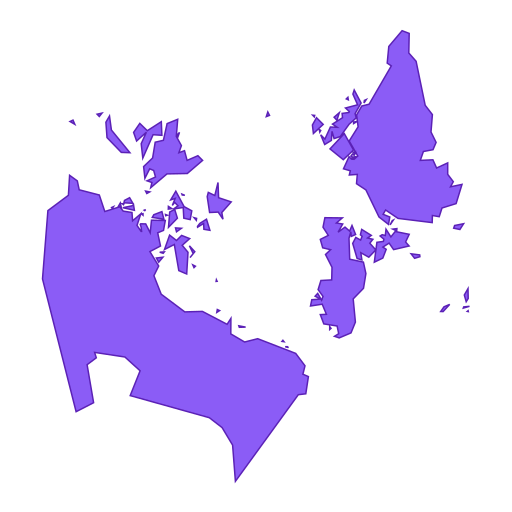 the district of Surigao del Norte, Surigao del Norte, Philippines
{"feature_id": "2640588B80080860218245", "entity_name": "Surigao del Norte", "entity_type": "district", "adm_level": 2, "iso_a3": "PHL", "parent_name": "Philippines", "parent_adm1": "Surigao del Norte", "projection": "robinson", "projection_center": [125.793, 9.694], "detail": "fine", "context": "isolated", "style": "filled", "palette": "violet", "viewbox_px": 512, "rotation_deg": 0, "n_neighbors": 0, "source": "geoboundaries", "source_scale": "gbopen_adm2", "svg_char_len": 6157}
<svg xmlns="http://www.w3.org/2000/svg" viewBox="0 0 512 512"><path d="M93.6,402.7L87.1,364.7L96.3,357.8L94.6,352.4L124.9,357.0L140.1,370.8L130.2,395.6L209.3,417.7L222.1,427.6L232.6,445.1L235.4,481.3L298.3,394.7L305.8,393.8L308.4,376.6L302.9,374.2L305.0,365.8L295.7,353.4L257.7,338.7L244.6,342.0L230.8,333.9L230.9,318.4L227.1,324.3L202.4,311.4L184.8,311.9L161.2,294.2L153.9,275.7L158.7,266.0L149.9,251.6L160.5,246.0L157.7,232.8L163.5,230.4L165.3,220.5L151.5,220.2L150.2,232.8L145.7,223.9L140.7,223.8L140.2,224.4L141.1,227.0L141.6,231.4L141.1,231.4L137.0,225.4L140.8,213.8L132.6,220.8L132.0,212.5L123.2,211.1L119.8,206.8L104.8,211.5L99.3,195.0L79.2,189.8L77.3,180.9L69.6,175.3L68.4,195.3L47.9,210.6L42.5,278.9L76.1,411.7L93.6,402.7ZM409.2,33.4L402.1,30.7L388.8,46.4L387.2,63.1L391.3,65.9L369.1,104.2L361.8,106.0L356.6,115.0L358.1,126.8L349.2,141.0L357.8,156.0L354.1,159.3L351.6,159.2L349.0,156.7L343.5,168.8L350.3,170.8L349.3,175.0L357.3,174.4L356.5,183.7L365.9,189.9L379.0,217.0L388.5,224.4L389.8,217.0L383.1,214.3L385.6,210.0L398.0,218.4L432.2,222.6L432.4,215.5L439.2,216.7L442.0,208.0L456.1,203.6L462.0,184.4L450.5,186.8L453.3,181.7L447.7,174.3L447.7,162.9L436.6,168.0L432.9,159.8L420.3,160.4L423.4,151.5L433.0,149.7L436.1,142.4L431.0,132.0L432.4,114.6L425.2,105.3L416.1,61.3L408.8,53.0L409.2,33.4ZM342.3,217.9L324.9,217.7L323.0,227.2L328.3,235.4L320.3,239.4L322.7,247.8L330.6,249.7L325.5,254.5L332.0,267.3L331.7,279.9L320.9,280.5L318.1,289.6L323.0,296.4L321.6,300.2L317.7,293.4L315.1,296.2L320.6,299.1L311.8,299.7L310.5,306.0L322.2,304.2L326.4,314.3L320.3,314.6L323.8,323.9L337.1,326.0L338.7,333.7L334.5,336.3L339.2,337.9L351.0,332.9L355.4,322.1L353.2,298.9L363.5,288.3L365.9,273.6L363.4,262.1L349.7,259.2L349.0,238.3L350.8,231.8L351.3,236.4L355.6,234.5L352.0,225.5L349.6,231.1L345.0,227.1L338.1,232.2L342.7,224.0L336.4,223.0L342.3,217.9ZM177.7,119.3L167.1,123.6L163.4,140.3L155.2,142.2L152.6,158.0L143.6,166.6L144.9,178.3L149.7,168.8L153.7,170.5L155.5,177.0L147.0,180.8L151.9,182.5L150.7,187.7L167.0,173.9L187.3,173.5L202.6,160.4L197.9,155.7L187.1,160.4L184.5,150.7L178.9,152.7L181.4,145.6L176.3,136.4L177.7,119.3ZM354.2,90.0L352.9,94.1L357.6,104.8L345.5,108.0L349.3,111.5L348.9,112.5L342.1,113.4L342.5,117.7L332.5,124.1L337.2,127.3L330.4,127.0L324.9,139.1L320.7,134.8L324.7,144.5L331.4,140.4L332.0,131.3L334.1,138.6L340.3,136.5L349.1,124.2L356.2,117.9L355.1,113.6L361.1,103.0L354.2,90.0ZM386.0,229.2L385.3,235.5L382.2,234.7L380.1,236.0L383.9,239.2L383.4,241.4L376.9,242.3L374.3,262.2L382.8,258.1L386.2,249.3L382.9,247.1L389.1,243.1L393.6,249.6L409.1,246.0L405.6,242.0L409.2,234.3L395.2,231.5L390.9,236.9L386.0,229.2ZM174.3,244.5L178.8,270.6L186.7,274.0L188.0,252.3L182.2,245.3L189.7,238.6L181.6,235.4L176.5,240.5L169.6,235.1L164.5,249.5L174.3,244.5ZM161.3,121.7L147.3,130.7L139.8,123.4L133.6,132.4L136.6,141.0L146.4,132.2L141.2,143.7L142.8,158.1L153.1,134.7L161.9,135.3L161.3,121.7ZM361.7,229.4L360.4,234.8L362.1,236.3L360.6,240.1L355.8,237.4L352.7,243.4L357.1,258.5L361.9,259.9L360.8,252.7L368.8,257.2L375.8,249.9L369.8,243.2L372.9,239.3L367.6,238.0L371.3,235.4L361.7,229.4ZM218.0,182.5L214.8,195.5L208.3,192.4L207.2,196.6L209.6,212.5L218.2,212.1L223.0,219.2L221.8,212.5L231.2,201.9L218.6,197.7L218.0,182.5ZM344.3,133.6L330.0,148.9L343.3,159.7L353.5,150.0L344.3,133.6ZM109.5,116.0L105.9,122.2L107.0,137.6L121.3,152.4L129.9,152.7L111.4,130.0L109.5,116.0ZM175.8,191.2L170.7,199.9L175.2,198.4L172.3,205.4L174.7,202.4L178.0,205.8L173.5,209.0L183.2,207.5L183.8,218.2L190.2,219.6L191.8,210.8L184.1,206.6L175.8,191.2ZM174.7,209.4L169.7,212.0L168.5,227.3L177.4,218.2L174.7,209.4ZM316.5,117.7L312.4,125.0L313.4,133.5L323.2,124.4L316.5,117.7ZM206.5,219.2L199.8,223.4L197.5,226.4L197.6,227.2L203.6,223.5L203.9,229.3L209.9,230.3L206.5,219.2ZM132.0,205.8L122.8,207.7L134.4,210.3L133.5,204.6L132.0,205.8ZM161.9,211.6L153.8,214.7L152.3,217.4L163.9,219.2L161.9,211.6ZM129.6,197.7L124.5,200.4L123.9,202.8L132.9,203.3L129.6,197.7ZM468.0,288.6L464.3,295.0L466.2,301.7L468.2,298.5L468.0,288.6ZM463.6,223.7L454.6,225.5L453.7,228.2L459.9,229.5L463.6,223.7ZM189.4,245.8L193.2,253.6L190.0,257.6L194.8,251.7L189.4,245.8ZM411.1,253.8L414.6,258.3L419.9,256.7L419.7,254.9L411.1,253.8ZM245.6,327.1L238.8,325.8L239.3,327.3L245.6,327.1ZM449.7,304.4L444.0,306.8L440.7,311.5L443.1,311.6L449.7,304.4ZM162.9,257.2L156.4,258.0L158.7,262.2L162.9,257.2ZM390.1,224.9L393.3,220.1L392.3,220.6L390.1,224.9ZM339.3,112.7L334.1,117.2L336.9,120.3L339.3,112.7ZM102.0,113.1L97.1,114.2L99.3,116.5L102.0,113.1ZM181.4,228.3L175.5,227.9L176.5,231.8L181.4,228.3ZM469.5,306.3L463.7,306.9L463.3,308.1L469.5,306.3ZM269.5,115.4L267.8,112.0L266.3,116.6L269.5,115.4ZM120.3,203.0L118.4,206.3L119.8,206.5L120.2,207.2L121.3,207.6L120.3,203.0ZM73.0,120.1L70.0,121.5L74.8,124.3L73.0,120.1ZM164.3,251.9L159.7,252.2L163.2,253.3L164.3,251.9ZM171.8,208.6L168.4,206.4L168.3,209.1L171.8,208.6ZM149.7,191.9L145.6,191.1L146.8,193.5L149.7,191.9ZM396.9,228.6L392.8,229.1L396.7,230.9L396.9,228.6ZM179.5,132.4L177.1,135.0L177.7,137.4L179.5,132.4ZM195.4,266.2L192.8,264.9L194.0,267.6L195.4,266.2ZM357.1,121.4L353.6,122.1L353.6,123.6L357.1,121.4ZM356.4,156.6L352.1,157.2L351.8,158.5L356.4,156.6ZM219.6,310.6L217.3,309.5L216.8,312.4L219.6,310.6ZM184.8,195.3L181.9,194.1L182.2,195.0L184.8,195.3ZM196.6,218.4L194.1,217.7L196.3,220.3L196.6,218.4ZM355.4,153.2L353.0,154.2L354.1,155.3L355.4,153.2ZM284.0,341.7L282.9,340.3L282.0,341.4L284.0,341.7ZM348.3,99.8L347.9,97.3L346.3,98.9L348.3,99.8ZM331.0,328.4L329.7,326.6L329.7,329.5L331.0,328.4ZM366.2,99.6L364.4,100.4L364.0,103.0L366.2,99.6ZM355.0,151.8L353.2,152.2L354.3,152.9L355.0,151.8ZM112.3,208.4L113.4,206.7L111.6,207.5L112.3,208.4ZM287.4,346.7L285.2,346.7L288.5,347.6L287.4,346.7ZM167.3,215.2L165.5,214.5L165.7,215.7L167.3,215.2ZM320.7,130.5L319.2,129.4L319.8,132.1L320.7,130.5ZM314.7,115.4L312.7,115.2L314.3,116.9L314.7,115.4ZM143.0,213.7L141.6,214.0L143.0,215.2L143.0,213.7ZM123.9,203.8L122.3,203.7L123.5,204.7L123.9,203.8ZM145.6,209.6L144.2,210.2L144.8,210.6L145.6,209.6ZM217.1,281.3L216.4,279.8L216.1,281.4L217.1,281.3ZM468.1,310.7L467.3,311.4L468.3,311.6L468.1,310.7ZM351.8,156.7L351.9,154.8L350.9,156.1L351.8,156.7Z" fill="#8b5cf6" stroke="#5b21b6" stroke-width="1.5"/></svg>